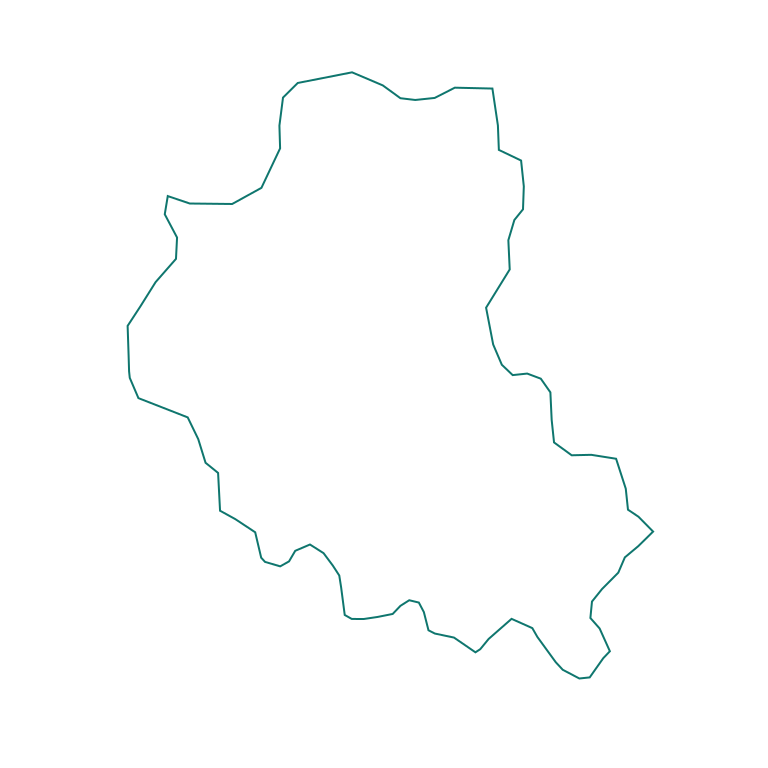 Miryang-si, South Gyeongsang, South Korea (Mercator projection), rotated 84°
{"feature_id": "91817680B88513858108060", "entity_name": "Miryang-si", "entity_type": "district", "adm_level": 2, "iso_a3": "KOR", "parent_name": "South Korea", "parent_adm1": "South Gyeongsang", "projection": "mercator", "projection_center": [128.832, 35.493], "detail": "fine", "context": "isolated", "style": "outline", "palette": "teal", "viewbox_px": 768, "rotation_deg": 84, "n_neighbors": 0, "source": "geoboundaries", "source_scale": "gbopen_adm2", "svg_char_len": 1348}
<svg xmlns="http://www.w3.org/2000/svg" viewBox="0 0 768 768"><g transform="rotate(84 384 384)"><path d="M673.4,187.3L649.7,195.1L638.3,203.2L622.1,199.9L610.7,188.6L596.1,170.7L581.6,162.6L571.8,148.0L558.9,131.8L542.6,144.8L534.5,154.5L513.4,154.5L482.6,161.0L476.1,185.3L474.5,204.8L459.9,221.0L437.2,221.0L409.7,219.4L395.1,227.5L388.6,240.5L388.6,255.1L377.2,264.8L356.1,271.3L318.8,274.5L283.2,247.0L254.0,245.3L234.5,237.2L224.8,227.5L202.1,224.3L176.1,224.3L163.2,245.3L138.8,243.7L101.5,245.3L96.7,282.6L104.8,303.7L104.8,323.2L101.5,337.8L86.9,354.0L70.7,383.2L75.6,438.3L88.6,454.5L116.1,461.0L138.8,462.7L176.1,485.4L189.1,516.2L184.2,558.3L174.8,578.8L174.5,579.4L192.3,584.3L216.7,574.5L237.8,577.8L258.8,600.5L281.5,618.3L299.4,632.9L328.8,635.0L344.8,636.2L351.3,636.2L372.4,629.7L396.7,582.7L419.4,574.5L443.7,569.7L455.1,558.3L492.9,560.3L502.7,546.2L518.0,527.6L543.9,524.3L548.5,520.9L554.5,506.3L550.5,497.0L540.6,489.7L535.9,474.4L545.9,461.8L559.2,453.9L569.8,448.5L581.7,447.9L609.6,447.2L614.3,440.6L615.6,428.6L615.0,414.7L613.6,399.4L606.3,390.8L601.7,381.5L605.0,372.2L615.0,368.2L633.6,365.5L637.5,359.5L643.5,340.9L660.4,321.1L657.8,316.0L648.5,306.6L630.9,281.7L642.3,262.0L651.6,257.9L678.6,242.3L686.9,236.1L697.3,220.5L697.3,210.1L679.6,194.6L673.4,187.3Z" fill="none" stroke="#0f766e" stroke-width="2"/></g></svg>